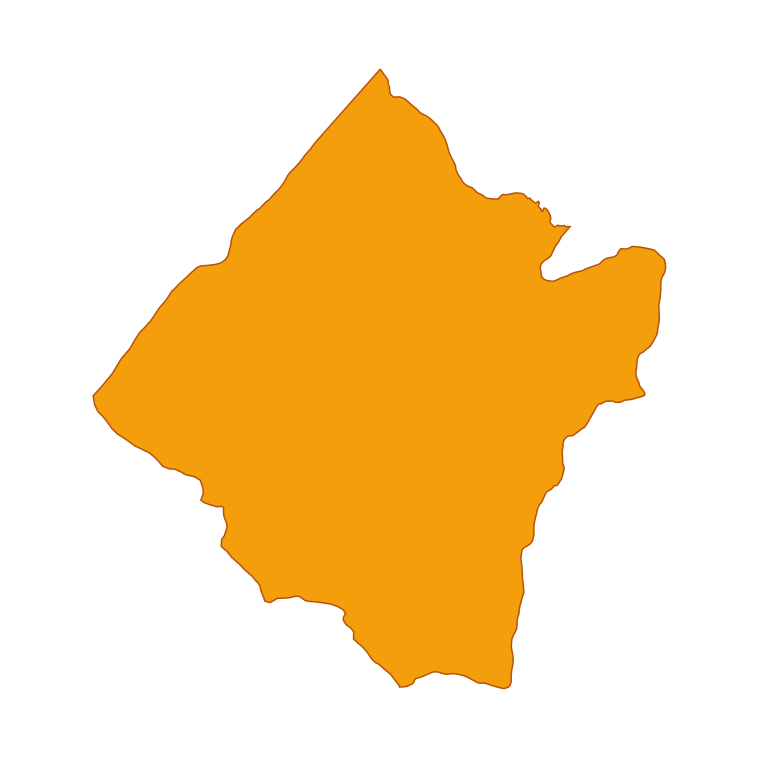 Long, Louang Namtha, Laos (Mercator projection), rotated 175°
{"feature_id": "54806243B81400796532262", "entity_name": "Long", "entity_type": "district", "adm_level": 2, "iso_a3": "LAO", "parent_name": "Laos", "parent_adm1": "Louang Namtha", "projection": "mercator", "projection_center": [100.748, 20.99], "detail": "fine", "context": "isolated", "style": "filled", "palette": "amber", "viewbox_px": 768, "rotation_deg": 175, "n_neighbors": 0, "source": "geoboundaries", "source_scale": "gbopen_adm2", "svg_char_len": 6115}
<svg xmlns="http://www.w3.org/2000/svg" viewBox="0 0 768 768"><g transform="rotate(175 384 384)"><path d="M394.9,80.7L389.7,80.6L387.1,80.8L381.4,83.1L380.6,84.0L379.8,85.1L379.3,86.7L377.7,87.8L371.6,89.1L360.6,92.8L357.9,92.8L354.8,92.2L349.7,90.1L347.9,89.6L345.9,89.3L342.4,89.5L339.8,89.4L335.6,88.4L330.8,86.8L326.8,84.9L318.7,79.6L316.8,78.4L314.7,77.7L308.9,77.1L304.5,74.9L302.0,74.1L298.9,72.7L292.4,70.4L291.2,70.2L289.1,70.4L286.2,71.4L284.7,72.7L283.2,76.4L282.9,81.5L281.7,87.8L279.8,94.6L279.3,97.6L279.4,103.4L280.1,110.4L279.5,115.3L278.7,119.0L276.7,122.9L274.0,127.2L273.2,128.7L272.4,132.6L272.2,135.4L271.5,138.6L269.5,143.8L269.0,147.2L267.8,151.5L266.5,154.3L265.9,156.9L262.8,164.3L262.8,172.7L263.0,177.8L262.6,187.4L262.6,193.8L262.9,198.5L261.4,205.0L260.6,207.2L258.9,208.6L253.8,211.0L251.6,212.6L250.0,214.5L248.9,216.9L247.7,221.0L247.4,226.6L246.9,230.0L246.0,233.8L244.8,237.7L243.2,241.9L242.6,244.2L241.6,246.8L239.6,250.3L237.1,252.6L232.4,261.1L231.3,262.3L229.6,263.3L226.9,264.5L224.7,266.2L223.7,267.7L223.1,267.8L221.0,267.8L220.4,268.0L219.7,268.6L215.4,274.0L212.7,281.2L211.9,283.9L211.9,285.6L212.4,287.0L212.9,289.7L212.6,293.0L212.6,297.4L212.4,301.2L211.2,305.9L210.7,310.0L209.4,312.7L207.7,314.4L205.9,315.7L203.3,316.3L202.0,316.1L200.6,316.2L199.0,316.9L190.6,322.3L189.0,322.9L187.8,323.7L185.0,327.0L173.4,344.0L171.6,345.3L169.0,345.5L166.9,346.5L164.4,347.4L160.2,347.2L157.4,346.9L154.8,345.6L152.0,345.2L150.0,345.3L145.4,346.9L138.5,347.1L126.2,349.6L125.7,350.0L125.0,351.2L125.5,353.4L126.9,355.8L129.4,359.5L129.7,361.9L130.2,363.0L130.2,364.3L131.3,366.3L132.3,371.6L131.9,374.3L130.8,379.2L130.0,384.7L129.1,387.3L128.2,389.4L126.5,391.7L123.9,392.8L122.2,393.8L119.5,395.8L116.5,397.6L114.8,399.3L113.1,401.3L109.7,406.5L108.0,409.3L107.0,412.0L106.6,414.6L104.4,423.0L104.0,425.7L103.4,438.8L101.4,445.9L100.2,452.6L99.7,457.3L99.5,460.5L98.8,463.5L97.8,465.9L97.0,467.3L96.2,468.2L95.0,470.1L93.5,474.5L93.3,476.3L93.2,478.9L93.5,482.4L94.1,483.9L95.9,486.0L97.6,487.6L99.8,490.3L103.2,493.9L108.2,495.6L112.4,496.8L116.4,497.9L123.6,499.3L125.3,499.3L126.3,498.7L128.3,497.9L130.3,497.4L132.0,497.5L135.6,498.0L136.7,497.9L138.0,496.6L139.5,494.5L140.6,492.3L142.8,491.0L145.6,490.4L149.4,490.1L152.0,489.6L154.7,488.3L158.7,485.0L160.2,484.4L168.9,482.2L173.4,481.0L174.7,480.3L177.2,479.4L184.4,478.5L187.9,477.5L192.5,475.6L198.5,474.2L204.8,471.9L207.1,471.6L212.0,472.7L214.5,473.8L215.4,474.4L217.1,476.4L217.7,478.3L218.1,484.0L218.0,487.1L217.7,488.2L217.2,489.4L214.7,492.1L213.2,493.1L210.1,494.6L208.1,495.9L206.5,497.2L204.5,500.9L202.9,503.3L201.8,505.5L197.5,510.7L195.9,513.0L195.1,514.5L194.2,515.6L190.0,519.6L188.2,521.5L185.0,524.5L185.6,524.5L186.7,524.9L187.5,525.0L189.2,524.6L189.5,524.8L190.2,525.9L190.7,526.2L192.3,526.0L194.3,526.1L194.8,526.2L196.0,526.7L197.2,527.0L197.7,526.8L199.4,525.8L200.3,525.7L201.0,526.0L201.6,526.5L203.2,528.7L204.2,529.8L204.4,530.6L204.3,531.6L203.4,534.3L203.7,537.4L205.6,542.2L206.4,543.3L206.6,543.8L207.2,544.1L207.7,544.8L208.2,545.1L209.0,545.2L209.5,545.0L209.9,544.3L210.3,542.8L211.0,542.2L211.4,542.2L211.8,542.3L212.1,542.6L212.0,544.0L212.2,544.5L214.1,546.4L214.5,547.1L214.6,547.7L214.4,548.7L214.1,549.5L213.6,551.1L213.6,551.8L213.9,552.3L214.4,552.5L214.9,552.3L216.4,551.3L217.1,551.2L217.8,551.3L218.3,551.5L219.7,553.1L220.6,553.9L221.8,555.4L222.2,556.2L223.4,556.4L224.5,556.2L225.0,556.6L225.6,557.8L226.3,558.7L228.0,560.4L228.5,561.1L230.5,561.9L235.6,562.8L236.9,562.9L238.6,562.7L239.4,562.5L242.0,562.3L244.7,561.9L246.3,561.9L247.9,562.3L248.7,562.4L249.6,562.2L250.4,561.6L251.1,561.3L252.9,559.6L253.2,559.1L253.2,558.7L256.0,558.5L259.8,558.9L263.0,559.6L266.1,560.5L267.9,562.0L269.4,563.6L274.0,566.2L277.3,569.9L279.3,571.9L283.4,574.0L285.1,575.3L287.0,577.1L288.3,579.2L289.1,581.3L291.2,584.9L292.9,588.5L293.6,591.6L293.9,596.0L294.9,598.2L295.5,600.4L296.9,603.1L298.4,607.1L299.2,610.1L300.5,617.5L301.6,621.8L302.4,624.1L304.4,628.6L305.8,631.3L307.3,635.1L308.4,637.0L310.9,639.7L313.1,642.5L315.7,645.1L318.5,647.5L321.0,648.8L323.4,650.4L324.9,651.8L327.2,654.8L329.4,656.9L333.0,660.5L337.6,665.6L340.5,667.3L343.1,668.6L347.1,668.8L349.6,669.1L351.7,671.2L352.7,673.6L352.8,679.2L353.6,683.0L353.5,685.6L354.0,687.4L355.3,689.7L357.7,693.3L359.4,696.8L360.5,697.8L430.2,631.7L434.8,626.9L436.7,624.6L442.8,618.8L448.5,612.3L454.8,606.5L459.3,602.8L461.7,600.2L464.3,596.1L467.1,592.3L470.6,588.3L473.1,586.0L475.7,584.0L479.1,580.9L481.5,578.3L486.3,575.2L492.4,569.8L495.4,568.3L498.5,565.9L503.2,561.9L512.6,555.6L516.3,552.5L518.1,551.2L522.6,543.2L523.8,539.5L524.7,535.3L528.4,525.2L531.4,521.6L535.6,519.0L540.8,517.9L545.1,517.6L550.6,517.5L555.5,517.7L558.7,516.9L561.3,515.6L564.5,513.0L566.3,511.8L570.3,508.5L577.4,503.1L580.2,500.8L584.6,496.9L587.2,495.1L590.3,491.0L594.3,486.0L598.8,481.8L601.4,479.1L611.4,466.7L613.1,465.6L616.0,462.4L622.7,456.8L628.5,449.5L632.9,443.0L635.2,440.2L643.4,432.3L653.7,418.1L665.0,406.6L674.8,397.5L674.0,388.2L671.2,381.1L667.5,376.9L663.5,371.2L659.1,363.5L653.8,357.4L646.9,352.1L637.6,344.1L623.8,335.9L619.2,331.3L616.9,328.7L615.3,326.6L611.5,321.2L604.9,318.1L600.4,317.5L594.0,314.2L589.8,311.1L581.0,308.2L575.4,304.1L573.4,296.2L573.6,290.6L576.6,284.2L573.4,281.5L568.5,279.1L561.1,276.2L556.3,276.3L554.5,274.6L555.1,270.7L554.9,265.8L553.0,259.2L552.9,254.7L556.2,246.9L559.3,243.3L560.3,236.4L556.7,232.6L555.0,231.3L553.3,228.2L551.3,225.2L549.7,223.4L543.3,216.6L539.8,212.1L537.9,210.0L534.1,206.0L532.7,204.8L530.8,202.2L529.2,199.5L526.7,196.7L525.3,193.9L524.4,187.8L522.5,181.8L521.7,178.1L516.6,176.2L513.2,177.6L508.9,179.8L502.0,179.3L496.2,179.4L490.8,180.3L486.7,179.7L481.1,175.0L476.6,173.8L470.8,172.9L456.4,169.5L450.1,166.6L444.2,162.6L442.4,158.2L444.7,155.4L445.0,151.9L442.5,147.2L438.6,144.2L435.8,139.8L436.6,132.4L434.7,130.7L432.3,127.8L428.5,124.3L425.3,119.9L423.4,116.9L420.4,111.5L418.6,109.1L416.3,106.8L414.4,105.9L410.5,102.1L408.7,100.0L402.6,94.1L397.5,85.7L395.3,82.7L394.9,80.7Z" fill="#f59e0b" stroke="#b45309" stroke-width="1.5"/></g></svg>